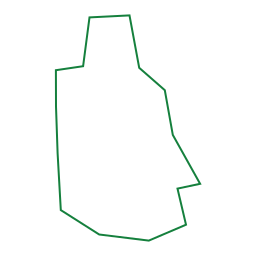 SVG path tracing the border of Nagykanizsa
{"feature_id": "HUN-4911", "entity_name": "Nagykanizsa", "entity_type": "Urban county", "adm_level": 1, "iso_a3": "HUN", "parent_name": "Hungary", "parent_adm1": "", "projection": "natural_earth1", "projection_center": [16.987, 46.469], "detail": "fine", "context": "isolated", "style": "outline", "palette": "green", "viewbox_px": 256, "rotation_deg": 0, "n_neighbors": 0, "source": "natural_earth", "source_scale": "10m", "svg_char_len": 305}
<svg xmlns="http://www.w3.org/2000/svg" viewBox="0 0 256 256"><path d="M129.5,15.4L139.2,67.8L164.8,90.2L172.8,134.9L200.1,183.8L177.5,188.6L186.0,224.7L148.8,240.6L99.2,234.5L60.8,210.1L57.6,153.2L56.0,106.4L55.9,70.2L83.1,66.2L89.5,17.4L129.5,15.4Z" fill="none" stroke="#15803d" stroke-width="2"/></svg>